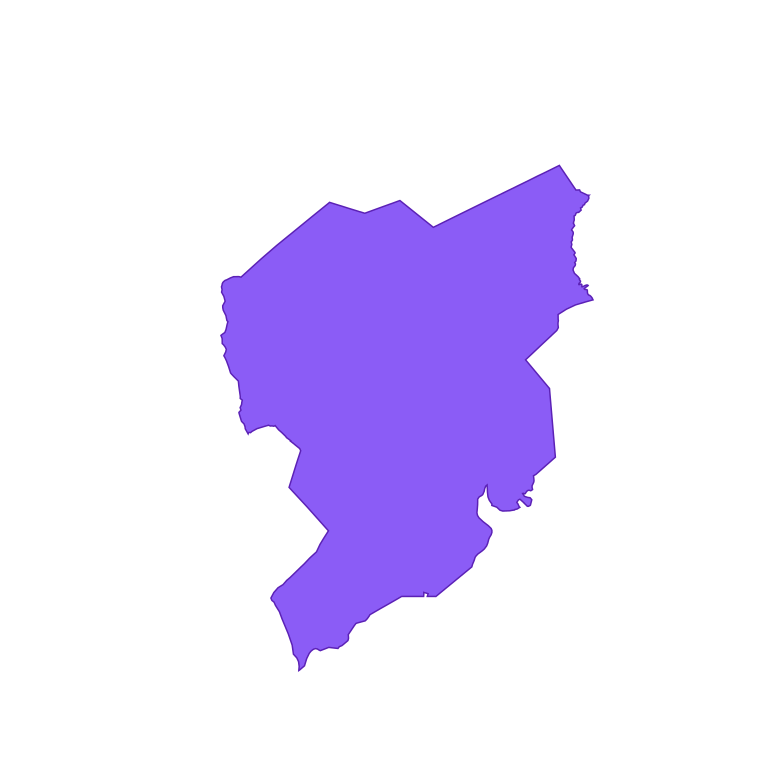 the district of Aporo, Michoacán, Mexico, rotated 307°
{"feature_id": "50627088B9670136162302", "entity_name": "Aporo", "entity_type": "district", "adm_level": 2, "iso_a3": "MEX", "parent_name": "Mexico", "parent_adm1": "Michoacán", "projection": "mercator", "projection_center": [-100.39, 19.665], "detail": "fine", "context": "isolated", "style": "filled", "palette": "violet", "viewbox_px": 768, "rotation_deg": 307, "n_neighbors": 0, "source": "geoboundaries", "source_scale": "gbopen_adm2", "svg_char_len": 5895}
<svg xmlns="http://www.w3.org/2000/svg" viewBox="0 0 768 768"><g transform="rotate(307 384 384)"><path d="M577.0,500.3L577.7,498.9L577.9,498.7L578.5,496.6L578.5,496.3L578.6,495.0L578.2,493.8L578.7,492.3L579.6,491.3L580.2,490.8L580.9,490.3L581.3,489.7L581.5,489.4L581.0,488.4L580.5,487.7L580.4,487.5L580.4,486.7L580.6,486.5L580.8,486.4L581.0,486.5L582.1,486.8L583.5,487.2L584.9,487.7L585.5,487.8L585.6,487.2L585.3,486.6L585.2,486.4L584.0,485.5L583.5,485.3L583.5,485.2L582.0,484.5L581.2,484.0L580.8,483.5L580.9,483.4L581.2,483.1L581.8,482.7L582.1,482.5L582.5,482.0L582.4,481.5L582.4,481.3L581.9,480.8L581.1,480.3L580.8,480.0L580.7,479.8L580.9,479.6L581.0,479.4L582.0,479.2L583.1,479.5L583.3,479.4L583.9,479.4L584.4,479.0L584.5,478.9L584.6,478.2L585.0,477.2L585.5,477.2L585.8,477.0L585.9,476.8L586.0,476.1L586.5,474.5L586.6,473.5L587.0,469.5L588.8,466.4L590.5,465.5L591.0,465.3L592.6,465.4L593.6,465.4L595.1,464.7L595.7,463.2L597.7,463.3L598.1,463.1L599.0,462.6L600.0,461.9L601.3,458.4L601.5,457.9L603.5,457.8L603.6,457.6L604.0,457.4L605.6,451.7L605.8,451.2L607.0,450.6L607.3,450.5L607.8,450.3L608.2,450.2L608.4,450.1L609.0,449.4L609.8,448.4L610.0,448.3L610.3,448.0L610.4,447.9L611.1,448.0L612.3,447.9L612.5,447.7L613.1,447.3L613.2,447.2L613.6,446.7L613.9,446.4L614.0,446.3L614.6,445.9L615.0,445.7L615.6,445.6L616.3,445.3L617.2,445.0L617.7,444.8L618.6,444.2L619.2,443.5L619.5,442.7L619.7,442.1L619.7,441.9L619.8,441.3L619.9,441.1L620.1,441.0L621.6,440.9L622.5,440.9L623.8,440.9L625.1,441.0L626.3,438.8L626.4,438.4L626.9,438.3L627.7,437.9L627.8,437.8L629.4,437.3L629.8,437.0L631.1,435.9L632.2,435.0L632.5,434.7L632.8,434.8L633.1,434.9L633.6,435.2L634.5,435.1L635.4,434.7L636.2,434.6L636.5,434.7L636.9,434.9L638.0,435.8L638.2,436.2L641.5,436.8L641.7,436.5L642.9,435.0L644.2,435.8L645.2,435.7L646.7,435.4L647.9,436.2L648.3,436.0L649.4,435.7L652.6,436.5L655.4,435.9L655.7,435.8L656.3,435.2L656.9,434.7L657.1,434.0L657.2,433.9L657.3,433.9L658.1,434.1L657.3,433.0L657.2,432.5L655.7,425.2L656.7,423.4L654.4,420.6L663.5,394.1L664.1,392.5L646.5,383.6L642.7,381.6L627.3,373.9L623.8,372.1L593.5,356.7L556.7,338.1L555.5,337.5L538.8,329.1L540.1,286.3L538.0,284.9L532.7,281.5L531.1,280.4L530.5,280.0L530.3,279.9L524.2,275.9L508.8,265.9L507.4,262.0L507.0,261.0L503.0,250.0L500.2,242.0L499.9,241.3L496.3,231.2L494.9,230.9L474.8,225.9L446.6,219.0L445.5,218.7L430.0,214.9L410.5,210.7L383.3,205.5L382.4,203.4L381.2,201.9L379.1,199.2L376.3,197.5L372.2,195.5L371.3,194.8L369.3,194.3L368.1,194.2L366.7,194.5L365.8,195.0L364.8,195.4L363.8,195.7L362.6,197.1L361.8,198.0L361.1,198.3L359.6,199.0L357.6,203.4L354.5,207.3L349.4,208.1L347.8,209.4L346.2,211.2L343.5,216.6L341.5,218.8L340.1,220.4L339.9,221.8L337.1,222.9L332.5,225.0L329.3,225.9L327.6,225.3L324.7,224.5L322.9,227.4L318.9,230.5L318.8,232.0L318.0,234.8L316.8,237.2L315.6,237.7L314.3,238.3L312.1,238.7L310.2,239.1L310.1,239.3L309.3,241.2L307.6,244.4L304.3,249.5L300.5,254.8L300.1,256.4L299.5,260.0L298.7,265.9L294.8,269.5L293.5,270.8L287.7,276.6L285.9,277.9L285.8,280.6L283.9,281.4L281.9,282.6L278.6,283.3L277.0,285.5L274.1,285.2L273.6,285.6L272.1,287.6L268.6,292.4L268.3,293.4L267.9,296.2L267.6,296.7L266.2,298.8L265.2,299.7L264.7,300.2L262.4,305.5L263.0,305.3L263.6,305.2L264.1,305.3L264.8,306.7L266.7,307.1L272.0,309.5L278.0,313.9L281.6,316.6L281.8,317.7L282.1,318.6L282.7,319.2L283.6,320.6L284.0,321.5L285.3,322.1L284.0,327.4L283.7,331.5L283.0,337.0L282.5,338.4L282.6,342.3L282.5,343.7L282.1,343.6L281.7,355.5L281.0,356.9L280.6,357.6L280.3,357.7L279.8,357.9L272.1,360.5L265.5,362.8L244.3,370.4L243.6,374.2L243.5,374.7L239.6,396.4L233.3,428.0L224.5,428.7L217.5,429.4L214.1,430.1L209.3,431.1L202.4,429.8L200.1,429.4L192.1,428.5L187.5,427.7L187.4,427.7L173.1,425.5L168.7,424.5L163.0,424.1L157.7,422.0L151.2,421.5L145.0,422.5L143.7,424.7L143.6,427.5L141.9,430.5L139.2,437.5L135.2,443.7L129.8,452.9L126.8,458.0L120.2,467.8L113.7,474.3L112.8,479.2L110.8,482.9L107.4,486.2L103.9,488.4L104.7,488.7L111.1,490.1L111.9,489.8L118.2,487.5L118.8,487.4L123.8,486.4L124.8,486.4L126.8,486.5L129.2,487.1L130.2,487.6L131.5,488.6L132.3,490.4L132.4,492.1L132.7,493.6L140.4,498.4L145.1,506.4L147.3,506.4L149.7,507.8L151.6,508.3L157.4,509.6L159.6,508.7L161.9,506.7L162.3,506.3L173.0,505.7L175.9,505.7L177.1,506.5L177.6,506.9L181.2,509.7L183.5,511.5L183.9,511.6L186.5,511.9L189.1,511.8L189.9,511.8L191.3,511.6L202.7,516.4L206.6,518.1L216.1,522.2L220.8,524.2L224.9,525.9L225.1,526.1L238.2,543.5L239.8,542.5L241.5,541.2L243.1,545.4L241.6,546.0L240.4,546.4L244.9,552.4L245.5,553.3L257.6,556.2L290.8,564.2L293.3,563.2L295.8,562.6L297.9,562.0L300.3,561.1L302.1,561.0L304.8,561.3L307.7,562.2L310.1,562.9L312.6,563.4L314.0,563.4L316.5,563.4L319.4,562.6L323.0,561.1L325.1,560.6L328.1,560.3L330.4,559.5L332.1,558.2L333.1,556.5L333.6,552.8L333.7,545.9L334.3,540.4L335.3,537.8L337.1,535.7L340.5,533.6L343.8,531.5L346.3,529.7L348.4,528.1L349.9,528.0L351.3,528.0L353.2,528.9L354.8,529.4L355.9,529.3L357.1,528.9L358.3,528.7L361.3,527.3L363.6,526.7L365.4,527.1L362.0,530.0L359.9,531.7L356.4,535.0L354.5,538.1L353.1,542.4L351.9,543.2L353.5,548.2L353.0,552.6L354.0,555.3L358.5,560.8L359.6,561.8L362.0,564.1L362.5,564.0L364.3,565.6L367.3,566.7L367.4,565.7L369.0,562.8L369.1,562.1L369.4,561.3L372.3,561.1L373.8,561.9L373.3,567.5L373.2,567.5L372.8,570.7L372.6,571.9L372.8,572.4L373.3,573.0L375.0,573.8L375.5,573.8L378.1,572.7L380.5,571.7L381.1,569.1L379.9,567.0L378.8,563.7L380.0,560.6L380.8,561.4L380.8,562.2L381.3,562.7L381.6,562.8L382.7,562.6L384.7,562.7L385.8,563.1L386.5,563.9L387.1,565.5L389.1,566.2L389.9,565.3L390.5,564.5L391.9,563.5L395.6,562.7L396.9,562.1L398.4,560.8L399.1,560.1L399.9,559.4L400.7,558.6L403.2,559.7L428.7,564.9L476.4,522.1L480.0,518.9L488.5,482.5L497.6,484.1L508.9,486.0L530.7,489.8L533.9,489.3L536.5,486.9L538.0,485.9L539.2,485.3L539.8,484.9L540.4,484.2L544.3,481.2L553.6,484.7L562.5,489.4L571.0,495.7L577.0,500.3Z" fill="#8b5cf6" stroke="#5b21b6" stroke-width="1.5"/></g></svg>